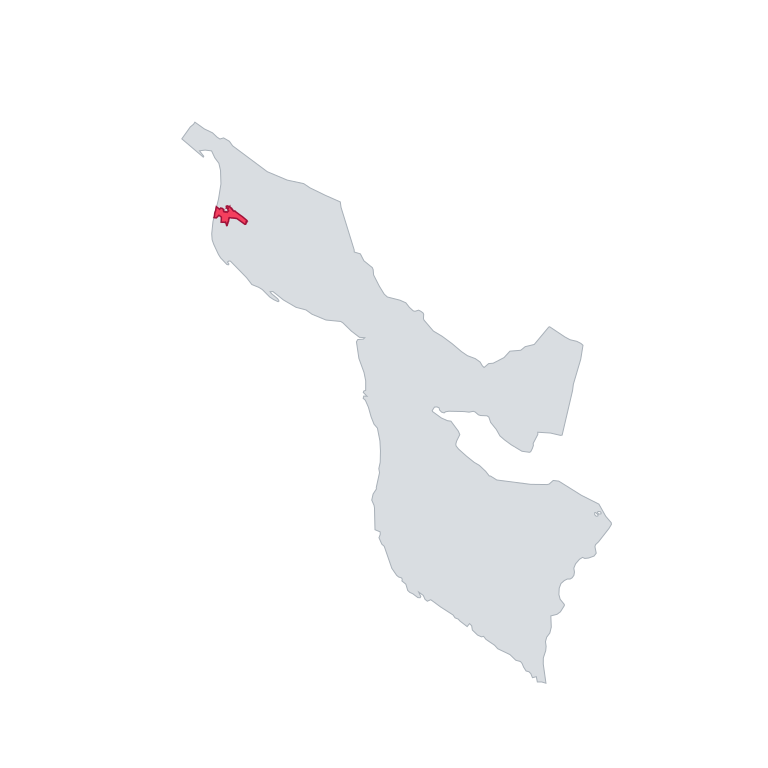 location of Mandlakaze, Gaza, Mozambique, rotated 127°
{"feature_id": "85939544B24219595709494", "entity_name": "Mandlakaze", "entity_type": "district", "adm_level": 2, "iso_a3": "MOZ", "parent_name": "Mozambique", "parent_adm1": "Gaza", "projection": "equal_earth", "projection_center": [34.02, -24.531], "detail": "fine", "context": "in_parent", "style": "filled", "palette": "rose", "viewbox_px": 768, "rotation_deg": 127, "n_neighbors": 0, "source": "geoboundaries", "source_scale": "gbopen_adm2", "svg_char_len": 6871}
<svg xmlns="http://www.w3.org/2000/svg" viewBox="0 0 768 768"><g transform="rotate(127 384 384)"><path d="M264.9,528.5L268.8,524.6L294.8,488.6L296.5,487.2L294.3,481.2L297.7,474.2L298.1,463.3L299.2,461.5L303.2,457.9L308.7,446.6L312.1,437.9L312.5,433.7L307.5,421.8L306.0,415.4L307.5,409.9L308.0,404.7L307.3,403.0L304.2,400.8L303.8,398.5L303.7,395.8L304.4,394.3L308.1,391.8L308.9,390.5L312.0,376.5L310.9,366.0L310.8,354.0L311.5,341.6L311.2,334.5L308.8,326.4L308.6,320.5L310.3,316.4L310.6,314.0L304.7,312.7L301.7,309.3L290.6,304.0L282.0,303.2L274.8,295.1L269.2,293.7L262.0,287.8L239.4,286.7L238.6,286.1L237.6,268.1L236.7,262.1L233.9,255.7L233.1,251.3L233.3,248.4L245.8,241.8L270.3,232.6L275.7,229.5L317.6,211.0L318.8,212.1L323.0,221.6L330.0,232.2L331.7,230.8L341.7,229.1L343.2,227.7L346.3,226.7L349.8,226.1L351.0,226.7L354.7,233.4L356.0,245.8L356.1,254.1L355.7,260.1L352.7,267.0L350.5,275.7L347.3,280.4L347.4,282.6L351.0,287.8L351.8,290.0L351.5,294.5L352.1,296.3L355.3,299.1L357.7,303.3L366.7,315.8L369.1,318.1L370.9,318.6L371.8,321.1L371.3,324.0L369.9,325.6L370.4,327.9L372.1,329.8L376.3,329.5L376.8,328.6L376.6,317.6L375.1,311.2L373.4,308.2L376.9,296.3L378.8,293.0L385.7,291.7L388.8,290.5L390.1,289.1L391.1,285.3L392.0,274.7L392.3,264.7L391.6,258.9L392.6,250.1L394.1,244.6L393.4,243.5L392.8,236.2L375.9,206.5L366.2,193.3L364.6,191.9L359.2,190.8L356.4,186.0L354.1,159.4L350.6,140.1L356.2,127.3L358.0,119.1L359.2,117.9L364.0,117.4L380.9,117.7L385.1,118.4L387.0,117.6L391.4,112.7L395.0,112.7L399.9,115.9L402.5,118.7L403.0,121.1L406.3,122.4L412.3,122.8L416.8,121.6L419.6,118.7L422.5,117.2L425.5,117.1L427.8,118.0L429.4,120.2L432.4,121.7L436.8,122.6L441.6,121.2L446.9,117.6L449.9,113.8L451.5,107.4L452.5,106.6L459.8,106.0L463.8,107.2L468.8,111.2L477.5,104.1L483.1,101.7L488.3,101.7L492.6,100.0L496.0,96.6L499.6,94.4L506.9,91.9L511.8,88.3L525.5,74.6L527.0,78.6L529.7,82.2L526.1,86.2L529.2,88.7L526.9,92.5L526.6,95.2L527.7,97.8L526.1,102.1L524.1,105.5L523.5,108.0L525.3,112.5L524.3,120.5L527.0,133.9L526.1,138.3L526.6,148.8L525.6,152.6L527.3,154.0L528.2,158.2L527.3,165.4L524.3,168.5L523.9,171.5L527.7,171.6L527.6,180.7L527.1,183.4L528.0,186.5L526.9,189.9L528.0,204.6L528.1,215.2L528.2,216.9L531.4,218.7L531.3,221.6L529.2,225.4L529.3,231.1L531.7,226.6L533.0,226.6L534.2,228.4L534.2,234.8L534.9,238.0L534.6,240.8L530.7,246.1L530.5,251.2L529.0,251.9L528.3,253.2L529.3,256.1L529.2,258.7L526.5,266.8L513.5,286.1L513.2,289.4L509.8,295.5L506.3,296.5L504.4,298.1L505.8,303.5L488.6,317.1L486.9,318.9L484.1,323.9L478.4,326.5L472.4,326.9L471.3,327.9L457.5,334.2L454.7,337.2L448.8,339.9L439.5,346.6L431.9,353.0L423.2,362.7L422.1,367.8L418.0,374.5L411.9,382.5L408.2,389.1L408.0,392.0L405.8,392.9L404.0,390.1L403.2,395.5L401.8,395.9L400.1,394.8L392.5,400.5L386.8,406.9L378.7,419.4L366.9,431.4L364.3,431.7L360.6,427.5L358.6,427.2L361.5,431.7L361.4,441.9L359.9,453.7L360.1,456.2L367.8,468.8L371.6,483.4L371.8,490.9L375.7,500.4L377.4,514.9L377.0,528.3L378.8,530.5L379.5,528.5L379.9,520.1L380.9,517.8L382.0,518.1L383.0,522.8L383.3,527.6L381.8,538.0L382.2,542.3L384.1,549.4L381.8,557.7L378.3,580.5L379.1,581.9L380.8,582.4L381.5,580.0L382.5,580.0L383.1,581.4L381.6,590.4L380.1,594.3L375.0,603.9L372.3,608.0L367.7,612.0L357.1,618.4L335.8,627.5L322.4,634.6L311.8,643.1L307.1,648.7L305.2,655.2L301.6,662.0L304.8,667.6L308.8,671.7L310.6,665.0L311.6,664.9L309.9,693.0L295.3,693.4L291.1,692.4L288.7,692.6L288.4,680.9L286.6,672.1L287.3,665.9L287.1,662.5L284.0,660.2L283.2,653.5L284.9,648.3L284.7,605.0L279.4,584.0L272.3,568.7L271.9,561.2L268.6,544.3L264.9,528.5ZM359.9,138.3L361.6,137.1L361.9,134.9L360.8,133.8L359.8,134.1L359.2,137.6L359.9,138.3ZM358.7,134.3L357.2,132.6L356.2,133.0L355.8,134.4L356.9,136.3L358.1,136.3L358.7,134.3Z" fill="#d9dde1" stroke="#a8b0b8" stroke-width="1"/><path d="M335.7,615.2L336.0,616.3L336.2,616.5L336.3,616.5L336.6,616.7L336.7,616.8L336.8,616.8L337.0,616.9L337.1,616.7L337.3,616.4L337.3,616.1L337.4,615.9L338.4,615.9L337.9,614.5L337.7,614.4L337.4,614.2L337.7,614.0L338.2,614.0L338.3,614.0L338.4,613.9L338.7,613.6L339.0,613.3L339.3,612.9L339.3,612.7L339.3,612.3L340.3,612.5L341.3,612.6L341.3,612.9L341.3,613.3L341.3,613.6L341.3,613.8L341.4,614.0L341.6,613.9L341.9,613.9L342.0,613.9L342.1,614.1L342.1,614.3L342.2,614.5L342.3,614.7L342.4,614.9L342.4,615.0L342.5,615.0L342.8,615.2L342.8,615.3L342.7,615.6L342.6,615.9L342.6,616.0L341.9,616.8L341.7,616.5L341.2,616.9L341.4,617.1L341.1,617.6L341.1,619.0L341.3,619.3L341.5,619.5L341.5,619.8L341.7,620.1L341.7,620.3L341.8,620.4L343.4,620.4L343.3,624.6L343.5,624.5L343.9,624.4L344.2,624.2L344.4,624.1L345.0,623.8L346.1,623.2L346.9,622.8L347.2,622.7L347.3,622.7L347.5,622.7L348.3,622.4L348.5,622.4L348.9,622.2L349.1,622.1L349.7,621.9L349.8,621.8L350.4,621.4L350.5,621.4L350.8,621.2L351.0,621.1L351.2,620.9L351.4,620.8L351.5,620.8L351.6,620.7L351.8,620.6L352.2,620.4L352.4,620.3L352.8,620.1L353.2,619.9L353.4,619.9L353.1,619.2L352.3,617.9L351.1,617.7L348.6,617.4L348.6,616.5L348.6,615.4L348.6,614.3L349.7,613.5L352.7,611.5L352.6,611.4L352.5,611.1L352.4,611.1L352.3,610.8L352.2,610.6L352.0,610.3L351.8,610.1L351.7,609.9L351.4,609.6L351.2,609.3L351.2,609.2L351.0,608.9L350.9,608.8L350.8,608.6L350.8,608.4L350.7,608.2L350.3,608.0L350.1,608.0L350.1,607.9L351.1,606.4L352.2,605.0L352.1,604.9L351.9,604.8L351.8,604.7L351.7,604.8L351.4,605.0L351.2,605.1L350.9,605.1L350.7,605.2L350.4,605.2L350.3,605.3L350.2,605.3L349.9,605.3L349.7,605.4L349.7,605.5L349.4,605.7L349.4,605.8L349.2,605.9L349.1,606.0L348.9,606.0L348.9,605.9L348.7,605.8L348.4,605.9L348.3,606.1L348.1,606.1L347.9,606.0L347.7,606.0L347.4,606.3L347.1,606.4L346.9,606.5L346.7,606.6L346.4,606.7L346.4,606.8L346.3,607.0L346.2,607.1L345.9,607.2L345.7,607.2L345.2,607.2L345.1,607.4L345.0,607.5L344.9,607.7L344.7,607.7L344.4,607.8L344.2,607.7L344.0,607.2L343.5,606.5L343.4,606.2L343.2,605.8L343.1,605.6L343.0,605.3L342.9,605.2L342.6,604.9L342.4,604.7L342.3,604.4L342.2,604.4L342.1,604.1L342.0,603.9L341.8,603.7L341.7,603.4L341.6,603.2L341.4,603.0L341.3,602.8L341.2,602.5L341.0,602.3L341.0,602.1L340.9,601.9L340.7,601.6L340.5,601.4L340.4,601.2L340.3,597.2L340.2,591.3L340.0,591.2L339.9,591.1L339.9,590.9L339.7,590.7L339.4,590.7L339.3,590.8L339.2,590.7L339.0,590.8L338.9,590.8L338.7,590.9L338.6,591.1L338.4,591.2L338.2,591.0L338.0,590.9L337.9,590.9L337.7,590.9L337.7,591.1L337.7,591.3L337.6,591.5L337.4,591.7L337.2,591.5L337.2,591.4L336.9,591.4L336.7,591.5L336.3,591.4L336.2,591.3L336.1,591.5L336.0,591.8L335.9,591.9L335.9,592.0L335.6,597.3L335.6,597.9L335.7,601.5L335.7,606.5L335.5,606.8L335.8,607.2L335.8,607.6L336.0,607.7L336.1,607.8L336.2,608.0L336.3,608.0L336.4,608.3L336.4,608.5L336.4,609.1L336.1,609.4L335.8,609.8L335.9,610.4L336.0,610.6L335.7,611.5L335.4,611.3L335.3,611.6L335.3,611.8L335.4,612.0L335.4,612.3L335.5,612.5L335.6,612.9L335.5,613.1L335.2,613.7L335.1,613.9L335.0,614.0L335.4,614.0L335.7,615.2L335.7,615.2Z" fill="#f43f5e" stroke="#9f1239" stroke-width="1.5"/></g></svg>